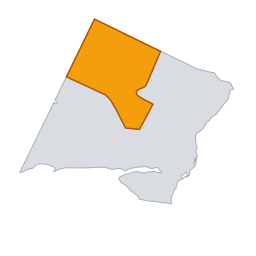 location of A-Dakhla Oasis, Al Wadi at Jadid, Egypt, rotated 116°
{"feature_id": "37247803B63195966732086", "entity_name": "A-Dakhla Oasis", "entity_type": "district", "adm_level": 2, "iso_a3": "EGY", "parent_name": "Egypt", "parent_adm1": "Al Wadi at Jadid", "projection": "mercator", "projection_center": [27.396, 24.837], "detail": "fine", "context": "in_parent", "style": "filled", "palette": "amber", "viewbox_px": 256, "rotation_deg": 116, "n_neighbors": 0, "source": "geoboundaries", "source_scale": "gbopen_adm2", "svg_char_len": 3412}
<svg xmlns="http://www.w3.org/2000/svg" viewBox="0 0 256 256"><g transform="rotate(116 128 128)"><path d="M215.4,205.8L210.6,205.8L205.9,205.8L201.2,205.8L196.5,205.8L191.8,205.8L187.1,205.8L182.4,205.8L177.7,205.8L173.0,205.8L168.2,205.8L163.5,205.8L158.8,205.8L154.1,205.8L149.4,205.8L144.7,205.8L140.0,205.8L137.3,205.8L137.8,204.5L138.0,203.5L137.7,202.8L136.8,202.6L136.2,202.8L134.8,205.7L134.1,205.9L132.4,205.9L126.9,205.8L121.4,205.8L115.9,205.8L110.4,205.8L105.0,205.8L99.5,205.8L94.0,205.8L88.5,205.8L83.0,205.8L77.5,205.8L72.0,205.8L66.6,205.8L61.1,205.8L55.6,205.8L50.1,205.8L44.6,205.8L44.6,202.4L44.6,198.9L44.6,195.4L44.6,191.9L44.6,188.4L44.6,184.9L44.6,181.4L44.6,177.8L44.6,174.3L44.6,170.8L44.6,167.2L44.6,163.7L44.6,160.1L44.6,156.6L44.6,153.0L44.6,149.4L44.6,145.9L44.6,142.3L44.6,138.7L44.6,135.1L44.6,131.5L44.6,127.9L44.6,124.3L44.6,120.6L44.6,117.0L44.6,113.3L44.6,109.7L44.6,106.0L44.6,102.4L44.6,98.7L44.6,95.0L44.6,91.3L44.5,90.6L43.7,88.1L43.0,84.9L42.2,81.0L42.1,79.7L40.8,75.6L40.6,74.5L41.0,73.7L43.1,70.2L43.8,68.5L44.4,66.5L44.5,64.9L43.9,62.4L43.1,60.1L42.9,57.8L42.8,55.5L43.9,54.0L45.2,52.5L45.7,51.6L46.5,50.6L47.1,50.1L48.1,52.2L50.4,52.5L57.7,50.7L65.8,52.6L70.3,53.3L77.2,54.8L81.4,57.6L82.5,57.9L85.5,57.9L87.5,59.5L95.4,60.3L99.6,62.1L101.9,63.6L103.4,64.0L104.6,63.9L106.3,63.4L108.5,62.4L110.8,61.0L115.7,57.3L117.4,56.7L118.5,56.9L119.9,56.8L120.5,55.8L121.2,55.2L121.6,54.4L122.4,53.5L124.9,53.2L130.0,51.6L129.4,52.4L124.8,54.2L126.8,54.4L128.8,53.8L131.1,53.4L131.5,52.6L131.8,51.2L132.2,51.0L133.8,51.3L138.6,53.5L139.8,53.5L143.1,52.3L143.8,52.1L144.9,52.7L147.4,55.4L146.5,55.4L143.9,53.1L143.6,54.2L142.1,56.3L144.0,57.1L145.5,57.5L146.4,58.6L146.9,59.6L148.4,59.2L149.5,57.8L148.9,57.0L148.5,56.2L149.0,56.2L150.1,56.9L153.1,59.5L154.1,60.0L155.2,59.9L157.7,59.2L158.4,59.3L161.6,58.3L162.0,59.0L162.6,59.7L165.2,59.0L169.3,59.0L172.7,58.1L176.7,56.1L177.0,55.7L177.2,56.3L177.6,57.7L178.8,61.2L179.9,64.0L181.2,67.9L181.6,69.4L181.7,70.4L183.6,74.6L184.7,78.1L185.5,80.9L186.6,85.0L187.1,86.5L186.3,87.2L184.7,89.9L183.0,98.3L180.5,104.8L180.3,108.9L179.9,110.4L178.7,112.5L177.3,114.5L174.8,113.4L170.7,109.9L168.3,106.5L165.7,104.3L163.3,101.4L162.7,99.3L162.7,98.0L161.6,94.7L160.9,93.1L157.9,89.6L157.1,87.7L156.4,86.9L155.8,85.7L154.7,81.2L153.5,78.3L152.2,79.1L152.4,80.3L151.3,82.0L150.6,83.9L151.1,85.5L153.5,88.0L154.0,89.0L154.6,91.3L154.5,94.4L154.9,95.5L156.7,97.8L157.3,99.2L157.7,100.4L158.3,101.4L160.1,103.5L162.7,107.3L165.1,109.8L166.9,111.1L167.6,112.3L167.8,115.5L167.7,117.0L169.2,119.9L169.8,121.3L171.3,122.5L172.0,123.9L172.6,126.0L173.5,132.5L174.8,134.1L178.9,142.5L182.2,147.8L183.9,151.8L186.4,156.6L191.3,167.1L194.2,170.3L195.3,172.1L197.5,173.5L199.7,175.6L197.6,175.4L197.0,175.5L196.2,175.8L195.9,177.0L195.7,178.0L196.0,183.3L196.6,186.0L198.5,191.1L199.9,192.6L200.6,193.6L201.6,194.3L206.1,196.0L208.8,199.7L214.8,204.3L215.3,205.5L215.4,205.8Z" fill="#d9dde1" stroke="#a8b0b8" stroke-width="1"/><path d="M124.3,117.1L95.7,116.0L95.3,128.1L94.5,134.2L92.9,135.9L91.3,136.3L89.3,136.0L86.5,133.4L83.5,131.0L80.9,130.5L44.9,132.3L44.9,132.9L44.9,138.4L44.9,142.7L44.9,143.9L44.9,148.0L44.9,153.4L44.9,158.2L44.9,161.2L44.9,165.2L44.9,171.4L44.9,174.9L44.9,205.8L109.0,205.8L108.4,176.8L108.1,162.6L110.5,155.9L116.0,147.7L119.2,143.3L129.1,130.2L124.3,117.1Z" fill="#f59e0b" stroke="#b45309" stroke-width="1.5"/></g></svg>